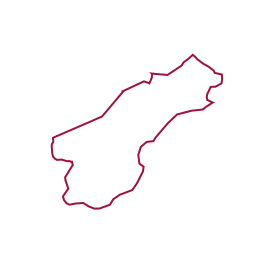 Coubaril Estate, Soufrière, Saint Lucia (Robinson projection), rotated 302°
{"feature_id": "8701671B11157561333534", "entity_name": "Coubaril Estate", "entity_type": "district", "adm_level": 2, "iso_a3": "LCA", "parent_name": "Saint Lucia", "parent_adm1": "Soufrière", "projection": "robinson", "projection_center": [-61.055, 13.847], "detail": "fine", "context": "isolated", "style": "outline", "palette": "rose", "viewbox_px": 256, "rotation_deg": 302, "n_neighbors": 0, "source": "geoboundaries", "source_scale": "gbopen_adm2", "svg_char_len": 1262}
<svg xmlns="http://www.w3.org/2000/svg" viewBox="0 0 256 256"><g transform="rotate(302 128 128)"><path d="M103.1,161.9L103.5,161.7L103.8,156.5L110.8,150.9L118.8,148.9L126.2,151.3L130.3,156.5L134.9,156.5L153.4,159.3L161.5,161.4L165.6,162.5L176.4,172.8L183.3,181.6L184.7,182.1L186.5,182.7L186.8,182.8L193.8,186.0L194.5,186.4L193.8,180.4L195.9,178.4L199.0,177.2L206.7,176.4L209.5,180.4L215.4,183.6L219.3,182.0L221.3,180.5L223.1,179.2L220.7,172.4L222.0,170.4L222.1,169.8L222.7,164.1L222.4,158.1L222.4,157.3L222.6,155.4L223.1,149.7L223.8,148.1L223.9,147.3L224.4,144.1L221.0,143.2L218.1,142.3L213.2,140.4L209.4,140.4L193.8,133.3L191.9,129.4L191.7,129.1L191.3,128.3L188.8,123.4L186.8,119.3L186.7,119.7L183.4,121.5L180.4,122.0L177.2,122.5L177.0,121.2L176.0,116.8L156.6,104.2L156.6,104.6L124.0,99.9L80.0,69.6L77.1,71.7L76.5,72.0L74.0,72.0L72.0,73.0L65.9,77.6L63.9,79.8L63.3,82.3L63.3,84.6L66.1,88.5L66.3,89.5L66.9,91.5L67.3,93.1L67.6,93.9L69.1,96.2L69.1,97.8L69.7,98.4L67.2,100.8L63.4,100.8L52.9,100.8L50.5,102.7L44.9,109.5L35.5,109.1L33.0,111.9L31.6,115.9L32.0,119.1L32.2,119.3L35.8,123.1L40.7,129.8L40.7,136.2L41.8,142.2L44.6,146.5L53.3,153.3L59.9,153.3L67.2,156.5L77.7,164.5L85.7,164.9L99.0,163.7L103.1,161.9Z" fill="none" stroke="#9f1239" stroke-width="2"/></g></svg>